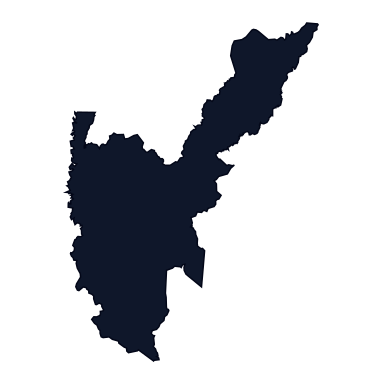 the district of Vinces, Los Rios, Ecuador
{"feature_id": "8360857B65824722348178", "entity_name": "Vinces", "entity_type": "district", "adm_level": 2, "iso_a3": "ECU", "parent_name": "Ecuador", "parent_adm1": "Los Rios", "projection": "natural_earth1", "projection_center": [-79.685, -1.523], "detail": "fine", "context": "isolated", "style": "filled", "palette": "ink", "viewbox_px": 384, "rotation_deg": 0, "n_neighbors": 0, "source": "geoboundaries", "source_scale": "gbopen_adm2", "svg_char_len": 5880}
<svg xmlns="http://www.w3.org/2000/svg" viewBox="0 0 384 384"><path d="M254.6,134.4L256.9,133.4L258.0,131.8L257.4,131.0L258.5,130.1L259.8,127.3L259.5,125.0L260.2,124.9L259.9,123.5L260.6,122.4L261.3,123.3L263.8,123.8L266.9,122.4L268.7,119.6L269.0,117.8L270.7,116.3L270.8,115.2L272.6,115.7L272.6,109.1L275.0,107.6L275.8,107.8L276.0,106.8L277.7,106.8L277.5,106.0L278.2,106.2L278.3,105.6L278.8,106.2L280.6,105.0L282.0,98.7L280.9,97.5L281.4,96.7L280.3,94.5L281.8,92.9L281.1,92.7L281.4,91.4L280.7,91.5L281.0,89.2L280.6,88.7L283.9,81.7L285.9,80.5L287.2,78.4L287.4,77.0L286.6,75.1L287.0,73.7L288.3,72.3L292.4,70.9L292.5,69.4L291.8,68.6L292.5,67.2L293.5,67.3L294.5,69.1L295.3,68.8L298.2,62.5L298.9,56.7L300.6,56.3L301.3,54.6L302.9,54.4L306.6,51.6L307.2,48.8L306.4,45.3L309.4,42.3L312.3,37.2L313.0,32.0L316.9,29.6L316.8,26.8L318.1,24.8L317.5,23.9L306.7,23.0L305.3,25.3L301.7,28.1L299.8,31.0L298.0,32.5L294.3,34.1L292.9,33.8L292.6,32.3L291.6,31.9L291.2,34.3L289.4,35.8L287.8,33.9L286.3,33.9L285.8,39.0L284.6,40.0L282.7,37.8L280.9,37.4L277.0,40.2L274.8,39.2L268.3,39.7L258.4,31.4L256.0,29.9L253.4,29.4L251.9,30.1L246.2,36.9L242.0,39.6L234.3,41.0L232.2,45.8L230.7,55.8L236.1,73.2L234.9,74.6L234.4,77.5L230.9,77.9L230.4,79.1L229.4,79.3L229.6,80.2L228.9,81.1L227.7,80.8L226.6,82.5L224.7,83.1L225.2,83.6L224.6,84.5L224.9,86.3L220.5,88.8L219.5,90.2L220.0,91.4L219.4,94.5L217.7,94.6L216.4,96.0L215.3,95.8L214.3,96.7L213.4,99.9L212.1,101.4L209.9,100.0L208.8,100.6L208.1,99.9L207.1,100.0L206.7,102.0L204.1,104.6L203.5,107.9L202.2,109.3L203.1,112.2L202.2,113.8L202.6,114.6L202.3,115.9L204.4,117.7L204.0,119.4L202.3,119.8L202.3,122.3L201.2,122.4L201.9,124.1L201.6,125.0L197.9,125.2L195.6,126.9L194.6,126.4L195.9,128.3L195.7,129.3L193.7,129.6L190.8,132.0L190.5,134.2L189.0,136.0L187.6,139.7L185.4,141.1L185.5,142.2L183.4,146.1L184.2,149.5L181.9,152.0L181.6,153.3L183.7,156.0L183.1,157.4L180.3,158.0L177.5,162.3L175.6,161.8L170.2,165.3L165.1,165.3L162.9,164.0L162.5,163.5L163.5,161.2L163.3,159.6L162.3,158.7L160.0,158.7L159.1,157.0L157.6,156.3L155.7,152.7L154.4,152.0L154.4,150.5L151.4,149.6L147.5,152.3L146.0,152.1L143.7,149.4L142.5,149.1L142.1,146.6L143.4,142.8L137.3,134.7L133.9,135.5L128.3,138.5L124.7,139.0L123.4,134.5L116.8,134.7L113.9,133.1L111.8,135.3L109.6,136.0L110.0,139.2L108.2,141.1L106.6,144.3L104.9,145.1L103.1,144.1L101.9,144.4L100.3,146.2L99.5,148.6L96.7,144.7L92.6,144.1L91.5,142.9L89.5,144.1L88.4,143.7L87.5,144.7L86.1,144.8L85.5,146.1L85.7,147.5L84.3,148.0L84.1,146.0L85.5,143.1L84.5,141.8L84.5,140.2L85.9,137.5L86.0,135.2L87.0,134.0L87.0,131.5L89.1,128.0L89.4,125.4L92.4,123.3L93.5,120.2L93.9,116.8L94.9,115.4L94.1,114.8L94.2,114.0L95.2,112.4L77.4,112.2L76.6,113.5L74.8,112.1L74.9,114.0L76.4,116.1L76.3,119.0L74.6,119.5L73.4,117.6L73.0,118.3L74.2,120.6L77.0,123.3L73.8,122.3L72.6,123.0L73.8,128.1L72.6,130.8L74.4,130.8L74.7,131.4L74.5,132.2L72.1,133.1L71.1,134.3L72.5,135.4L73.6,134.0L75.2,135.7L73.3,138.0L74.2,139.1L74.2,140.1L70.3,141.2L71.2,146.4L72.7,146.3L74.2,148.9L71.0,150.0L71.4,153.5L72.9,153.6L72.6,155.5L73.5,157.2L73.0,158.3L71.8,158.1L71.6,160.7L73.1,162.8L76.8,163.9L74.8,166.4L71.9,163.8L69.3,167.2L70.2,169.6L72.6,168.6L73.5,169.4L71.4,171.5L69.0,172.0L69.9,175.0L71.4,177.2L69.5,180.6L67.6,181.8L68.9,185.0L66.9,185.8L68.3,186.8L70.2,190.4L65.9,192.3L68.1,192.5L68.9,193.6L70.3,193.0L72.8,194.3L70.6,195.2L72.2,196.0L71.0,198.0L72.7,198.1L73.3,198.8L70.7,200.9L70.8,203.9L69.4,203.8L68.9,202.3L68.3,202.9L68.2,207.2L72.7,208.0L72.3,211.8L71.0,213.6L71.5,214.5L70.3,216.9L71.5,219.6L74.1,218.0L73.6,220.6L75.0,224.6L76.7,223.1L78.3,222.9L80.5,224.3L80.3,225.9L82.0,225.5L82.2,227.2L80.6,228.5L81.5,230.3L81.6,234.0L82.6,235.4L81.0,236.8L78.0,236.5L76.8,237.6L76.5,238.9L74.9,239.7L72.8,245.4L74.6,247.5L74.2,250.7L72.1,252.9L70.8,252.7L70.5,253.7L71.5,256.1L73.1,257.6L73.8,260.1L76.9,260.5L76.2,263.3L77.3,268.1L80.3,273.7L80.6,277.1L76.6,283.8L75.8,286.8L77.4,290.1L78.9,290.6L83.2,287.0L86.2,287.6L86.8,289.2L88.7,290.4L88.9,293.1L91.8,294.2L93.7,295.9L93.7,298.9L95.5,304.4L96.5,304.6L99.1,303.1L101.8,304.4L101.8,306.5L103.6,309.9L102.8,311.0L100.3,311.4L100.5,313.7L99.9,315.5L96.7,316.9L93.8,316.8L91.7,319.4L94.5,323.3L97.0,325.1L98.5,328.9L100.1,330.6L100.1,333.4L101.2,336.8L103.1,337.6L109.1,336.9L112.3,339.3L117.8,340.9L118.6,341.5L118.9,343.2L124.2,347.1L126.5,348.0L126.8,351.1L128.5,352.7L137.5,350.8L138.4,349.8L153.6,361.0L154.0,360.3L159.0,359.7L158.7,358.0L156.7,356.5L158.0,356.0L157.4,353.0L156.3,351.7L155.5,349.0L153.3,346.7L154.3,344.4L153.6,337.9L154.5,335.7L152.9,335.4L151.2,333.4L152.3,330.6L156.5,329.4L158.9,326.7L160.0,323.8L163.9,320.5L164.6,316.6L166.9,314.9L168.8,310.7L168.4,309.5L166.9,309.0L166.4,307.2L166.1,297.2L165.4,293.2L166.5,270.3L172.5,268.1L174.6,266.2L180.5,266.8L181.2,267.5L182.5,264.8L184.9,264.3L184.0,267.4L184.2,270.4L186.0,274.2L201.5,286.9L204.6,250.7L202.5,248.4L201.0,248.7L197.6,246.2L197.2,243.4L197.5,238.9L195.7,234.5L195.5,231.6L193.5,229.2L193.4,228.2L190.5,226.9L191.0,226.1L191.3,226.7L192.1,226.1L191.8,224.3L192.3,222.9L190.9,217.6L195.6,215.9L197.2,212.0L201.6,212.4L203.4,210.5L204.4,210.4L206.8,211.4L208.1,208.4L214.1,206.5L215.7,204.2L215.6,200.8L217.2,199.4L218.9,199.0L221.1,195.3L216.6,191.4L216.4,183.9L214.1,180.7L216.3,179.5L218.7,176.4L227.4,173.9L230.6,168.4L234.3,165.1L232.3,165.7L228.8,164.8L226.7,165.5L219.9,159.1L219.0,159.7L217.4,157.8L216.0,155.5L216.2,153.1L217.5,153.3L217.8,152.1L219.3,151.1L221.5,151.7L223.2,149.9L223.7,150.5L224.1,149.5L226.2,149.7L227.2,148.6L228.4,149.7L227.8,147.1L229.3,146.7L231.7,144.6L232.7,145.4L233.7,144.5L233.6,143.4L235.5,143.5L236.2,142.8L237.0,143.4L237.7,142.4L237.6,141.2L239.3,138.7L239.0,136.5L239.8,136.6L240.1,135.2L240.4,135.8L242.1,135.6L242.4,134.4L243.3,134.5L243.3,133.2L243.8,133.4L245.6,131.9L247.8,131.5L248.9,132.8L249.3,134.8L250.5,134.8L252.2,133.4L254.6,134.4Z" fill="#0f172a" stroke="#020617" stroke-width="1.5"/></svg>